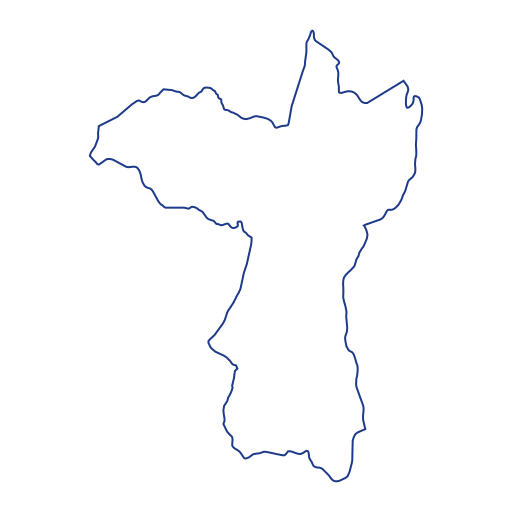 the border of Khon Kaen
{"feature_id": "THA-438", "entity_name": "Khon Kaen", "entity_type": "Province", "adm_level": 1, "iso_a3": "THA", "parent_name": "Thailand", "parent_adm1": "", "projection": "equal_earth", "projection_center": [102.567, 16.348], "detail": "fine", "context": "isolated", "style": "outline", "palette": "blue", "viewbox_px": 512, "rotation_deg": 0, "n_neighbors": 0, "source": "natural_earth", "source_scale": "10m", "svg_char_len": 6000}
<svg xmlns="http://www.w3.org/2000/svg" viewBox="0 0 512 512"><path d="M143.7,102.2L145.0,101.8L146.2,101.0L149.4,97.7L151.1,96.8L153.0,96.2L155.9,95.8L157.7,95.2L159.1,94.1L159.7,93.2L163.5,89.3L171.9,90.1L176.0,91.5L179.4,92.0L180.1,92.3L183.1,94.7L184.4,95.5L188.1,96.5L190.3,97.8L192.1,98.0L193.2,97.8L194.4,97.3L197.0,94.9L197.6,94.0L198.3,93.4L199.1,92.7L200.4,92.1L201.3,91.5L201.9,90.8L202.7,89.3L203.8,88.2L204.6,87.8L205.9,87.6L207.8,87.6L210.6,88.1L211.8,88.9L213.2,90.2L214.6,90.8L215.1,91.4L215.8,93.0L216.2,93.7L217.4,94.6L217.9,95.2L218.2,97.1L218.6,97.9L219.1,98.4L220.6,99.0L221.1,99.6L221.3,100.5L221.4,102.3L221.7,103.2L222.9,105.3L224.0,108.9L224.6,109.5L225.7,109.9L227.7,110.1L229.4,111.0L230.8,112.0L233.6,112.8L234.1,113.2L237.4,114.7L241.6,118.0L244.2,118.9L246.3,119.1L250.0,118.2L253.8,116.6L255.7,116.2L256.7,116.2L263.7,117.6L267.2,118.7L268.8,119.5L270.3,120.4L271.7,121.6L272.3,122.3L275.0,127.2L275.8,127.6L276.9,127.7L280.5,126.4L282.4,126.0L286.2,125.6L287.6,125.2L288.0,125.0L288.6,123.4L291.7,106.1L302.8,71.2L304.4,66.9L304.7,65.9L304.9,64.7L305.0,62.1L306.4,52.2L306.4,44.4L306.5,43.1L306.8,42.0L307.2,41.1L308.2,39.6L309.8,35.9L311.1,31.9L311.6,31.1L312.3,30.7L313.0,31.1L313.7,32.6L313.9,34.1L313.9,36.8L314.1,37.9L314.8,39.8L315.3,40.6L316.6,41.6L328.5,49.6L331.0,51.8L331.6,52.5L332.4,53.9L333.3,56.0L333.8,56.7L334.7,57.6L337.8,60.0L338.7,61.2L339.1,62.4L338.9,63.4L338.4,64.0L337.1,65.2L336.6,65.9L336.5,66.8L336.7,67.6L337.8,70.3L338.3,72.5L338.3,75.1L337.9,80.2L338.0,81.4L338.9,87.2L338.9,91.1L339.0,92.2L340.0,92.8L341.7,92.9L346.0,91.6L348.6,91.2L351.9,91.6L354.4,92.7L357.0,95.0L360.0,99.7L361.1,101.1L361.7,101.7L362.5,102.2L364.2,102.9L365.2,103.0L367.2,103.0L403.5,80.8L407.6,86.5L408.3,89.3L408.1,90.8L406.7,94.7L406.3,96.5L406.0,99.0L405.9,104.1L406.3,106.3L406.9,107.6L407.7,107.7L408.5,107.5L409.3,107.1L411.2,105.3L412.3,104.0L412.8,103.2L413.1,102.2L413.4,101.2L413.6,100.0L413.6,97.7L413.8,96.7L414.4,96.2L415.5,96.1L416.9,96.5L419.0,97.6L419.9,99.2L421.7,104.9L422.2,108.8L422.0,114.2L421.0,120.0L420.3,122.2L419.4,123.9L418.4,125.4L417.3,126.8L416.8,128.0L416.4,129.8L416.3,138.8L415.9,144.9L416.3,151.3L416.3,154.2L416.1,156.3L415.4,158.9L415.0,164.2L415.4,169.1L415.3,170.5L415.1,172.6L413.9,175.1L412.3,177.4L411.6,177.9L408.9,180.3L408.0,181.7L405.4,190.4L404.5,192.5L403.7,194.0L403.2,194.7L401.8,198.7L401.0,200.5L398.6,204.6L396.2,207.2L394.4,208.6L392.7,209.5L390.9,209.9L389.0,209.7L388.1,209.9L387.4,210.4L386.8,211.0L384.2,216.0L382.9,217.6L381.7,218.7L380.2,219.5L365.7,224.6L363.9,225.5L364.5,226.2L366.2,229.7L367.1,232.8L367.5,235.0L366.8,238.7L364.0,245.5L362.8,247.5L362.2,248.0L361.7,248.8L359.3,252.8L358.4,256.1L358.0,256.9L357.4,257.6L356.8,258.7L356.1,260.3L355.3,263.4L354.3,266.3L350.0,270.9L349.3,271.4L346.2,274.4L345.1,275.9L344.1,277.4L343.7,278.6L343.3,280.3L343.1,283.7L343.4,290.6L343.2,297.1L343.5,299.0L344.1,301.6L345.5,306.5L346.5,311.8L346.2,316.7L347.2,327.4L347.1,329.8L346.9,331.6L345.2,336.6L345.1,338.4L345.4,341.1L346.4,346.1L348.1,349.4L349.4,350.9L351.4,351.8L352.1,352.3L353.3,353.6L354.7,357.0L356.7,363.8L357.2,364.8L357.5,366.3L357.7,368.4L357.5,372.6L357.0,376.3L356.4,378.4L356.1,383.4L356.2,385.6L356.9,388.3L363.2,405.7L363.5,407.4L363.6,409.6L363.0,416.5L363.1,419.2L363.3,420.8L365.3,429.1L357.9,432.3L356.9,433.0L355.4,434.1L354.7,435.3L353.8,437.2L352.8,440.2L352.7,441.2L352.3,458.0L352.3,459.3L352.1,461.7L349.7,471.4L348.3,474.7L347.4,476.5L345.0,478.2L339.4,480.8L337.7,481.2L335.6,481.3L333.8,480.8L333.1,480.4L331.8,479.3L330.1,477.2L329.1,475.6L322.5,469.0L321.3,468.3L319.4,467.6L317.9,467.6L315.2,467.0L314.0,466.3L313.2,465.4L311.8,462.2L309.6,458.7L309.3,457.7L309.0,456.7L308.8,453.9L308.3,451.8L307.6,451.1L306.7,450.8L305.9,451.0L303.0,453.0L300.5,454.0L298.9,453.9L296.6,453.4L291.7,451.6L289.5,451.2L288.0,451.4L285.8,454.2L285.1,454.8L284.4,455.3L282.1,455.2L266.4,451.9L264.0,451.7L259.8,453.2L254.1,454.0L253.3,454.2L252.5,454.7L248.9,457.4L245.8,458.5L244.7,458.3L243.9,457.8L240.3,452.5L239.2,451.4L237.7,450.2L234.5,448.3L233.1,447.0L232.3,445.8L232.2,444.6L232.5,440.4L232.5,439.4L232.4,438.2L232.1,437.2L231.6,436.4L230.3,435.1L227.3,431.9L226.4,430.3L223.4,424.0L224.6,420.6L224.4,417.7L223.8,414.5L223.4,410.3L224.1,405.9L227.4,400.8L228.1,397.6L229.1,396.2L231.1,392.2L232.6,387.8L232.1,385.8L234.0,378.0L234.4,374.3L235.0,371.0L236.6,369.2L237.4,368.7L236.1,365.5L233.3,364.7L232.6,364.2L232.0,363.7L230.4,361.3L226.8,357.6L223.8,355.6L215.4,351.7L211.5,348.4L210.6,347.3L208.6,343.2L208.4,341.8L208.5,341.0L210.0,339.2L214.4,335.2L223.0,323.4L224.8,320.0L227.1,312.9L227.9,311.1L233.5,302.6L233.9,301.6L235.3,299.1L236.6,296.3L238.9,292.3L240.1,289.7L240.6,288.2L243.8,273.1L246.8,264.1L251.1,244.8L251.6,240.3L251.5,237.5L248.4,235.6L247.7,235.0L246.1,233.0L243.8,231.3L243.4,230.7L242.9,229.2L242.4,227.2L241.8,223.2L241.2,222.0L240.4,221.5L238.2,221.7L237.7,222.2L237.5,222.9L237.9,225.0L237.8,225.9L237.4,226.4L236.1,227.3L234.6,227.9L232.9,228.0L232.1,227.8L231.3,227.3L230.5,226.6L229.0,224.5L228.3,223.9L227.6,223.6L226.0,223.8L223.0,224.9L221.5,225.2L220.7,225.2L218.6,224.2L216.4,223.9L214.1,221.3L213.4,220.8L208.9,219.3L208.1,218.9L206.7,217.7L206.0,216.8L203.1,212.6L202.5,211.9L201.8,211.4L198.7,209.7L196.5,208.0L193.9,207.0L192.1,206.8L191.2,207.1L189.4,208.3L188.8,208.6L188.1,208.6L184.4,207.7L165.8,207.7L164.8,207.4L163.8,206.6L162.4,205.2L160.8,204.4L159.6,203.0L158.1,200.9L153.1,191.7L151.7,189.7L150.1,188.5L147.6,187.8L145.7,186.8L144.8,186.0L143.9,184.8L142.4,181.9L141.6,179.2L140.7,174.6L140.0,172.4L139.3,170.6L137.6,168.2L136.9,167.4L135.2,166.8L133.1,166.7L128.3,167.2L126.4,166.9L113.0,159.7L111.0,159.2L109.0,158.9L107.1,159.1L106.3,159.4L99.2,164.4L98.3,164.5L97.3,164.1L95.7,162.1L93.3,159.8L89.8,155.8L91.0,152.4L95.0,146.6L97.9,138.9L98.2,137.0L98.2,135.1L98.0,133.8L98.8,126.1L117.3,116.8L131.9,104.4L137.0,100.9L138.7,100.5L139.5,100.7L142.0,102.0L143.7,102.2Z" fill="none" stroke="#1e3a8a" stroke-width="2"/></svg>